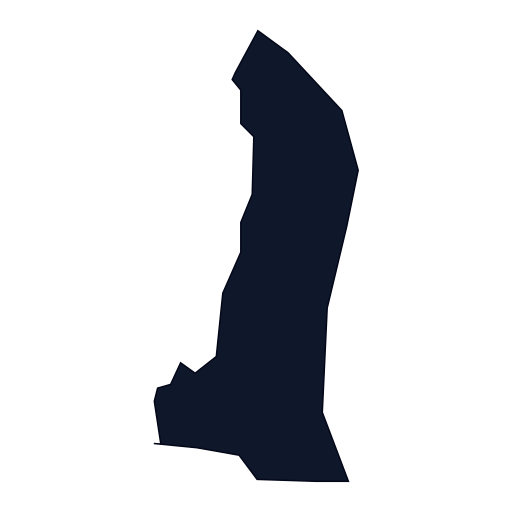 Darling Road, Castries, Saint Lucia
{"feature_id": "8701671B69792415593649", "entity_name": "Darling Road", "entity_type": "district", "adm_level": 2, "iso_a3": "LCA", "parent_name": "Saint Lucia", "parent_adm1": "Castries", "projection": "robinson", "projection_center": [-60.988, 14.014], "detail": "fine", "context": "isolated", "style": "filled", "palette": "ink", "viewbox_px": 512, "rotation_deg": 0, "n_neighbors": 0, "source": "geoboundaries", "source_scale": "gbopen_adm2", "svg_char_len": 487}
<svg xmlns="http://www.w3.org/2000/svg" viewBox="0 0 512 512"><path d="M180.6,362.8L170.6,384.4L157.6,388.1L154.3,401.2L160.8,444.0L153.8,443.5L196.7,447.7L239.1,455.2L257.1,479.4L315.8,481.3L348.4,481.3L322.3,412.4L327.2,308.0L346.8,226.1L358.2,170.2L341.9,110.6L288.1,52.8L257.9,30.7L235.3,72.6L232.2,79.6L240.8,90.1L240.8,123.6L253.8,136.7L252.2,194.4L240.8,222.4L240.8,252.2L222.8,293.1L216.3,356.5L195.1,373.2L180.6,362.8Z" fill="#0f172a" stroke="#020617" stroke-width="1.5"/></svg>